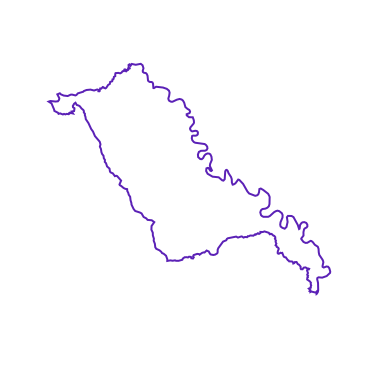 Vigia Del Fuerte, Antioquia, Colombia, rotated 157°
{"feature_id": "7082276B16172876286455", "entity_name": "Vigia Del Fuerte", "entity_type": "district", "adm_level": 2, "iso_a3": "COL", "parent_name": "Colombia", "parent_adm1": "Antioquia", "projection": "robinson", "projection_center": [-76.731, 6.503], "detail": "fine", "context": "isolated", "style": "outline", "palette": "violet", "viewbox_px": 384, "rotation_deg": 157, "n_neighbors": 0, "source": "geoboundaries", "source_scale": "gbopen_adm2", "svg_char_len": 6075}
<svg xmlns="http://www.w3.org/2000/svg" viewBox="0 0 384 384"><g transform="rotate(157 192 192)"><path d="M241.7,138.2L238.6,137.5L236.7,136.3L234.3,135.7L233.7,135.0L231.2,133.9L227.4,133.4L226.5,134.3L224.3,134.8L222.2,134.0L221.3,133.3L220.0,133.6L218.4,132.7L218.5,131.3L217.1,130.4L215.9,131.2L216.1,132.4L215.1,133.3L211.4,133.0L209.8,132.1L209.5,131.3L206.7,132.0L205.0,131.9L204.1,131.4L201.4,132.4L199.8,130.7L199.6,128.2L199.1,127.1L197.0,125.7L195.1,125.3L192.7,125.7L191.9,126.6L191.0,128.7L189.8,130.0L182.8,134.2L179.3,134.2L178.2,135.2L177.0,135.4L168.8,133.7L167.5,132.1L163.9,131.8L163.3,131.4L162.4,129.9L160.8,129.9L158.9,128.9L157.9,129.5L157.2,129.1L155.4,129.2L152.5,127.8L150.4,128.4L150.1,127.8L147.4,128.3L146.8,127.3L146.3,127.2L144.9,127.6L144.6,128.5L142.5,127.5L140.7,127.4L137.3,124.5L137.0,123.0L136.5,123.2L135.9,122.4L135.1,122.3L134.1,120.0L133.4,119.5L133.0,118.0L133.4,116.8L133.9,116.6L133.8,114.3L134.3,114.0L134.6,112.7L134.5,111.5L135.9,110.3L135.2,109.0L135.4,108.3L134.4,107.0L134.4,105.7L136.1,104.0L137.0,102.4L136.9,101.8L136.2,101.2L134.2,101.5L133.7,100.9L132.7,100.7L132.8,96.8L132.3,95.9L131.2,95.2L130.4,91.7L129.9,91.3L129.7,90.2L127.0,88.9L126.5,87.8L126.7,86.6L125.6,86.6L124.8,87.3L123.1,86.7L122.8,84.3L121.9,83.3L121.2,80.9L121.9,79.1L121.8,78.3L120.4,77.7L118.8,78.7L117.1,78.3L116.1,77.2L116.0,76.1L114.8,76.1L114.2,75.5L114.7,75.1L115.6,75.5L116.8,74.7L116.9,72.1L118.3,70.8L117.9,69.6L118.5,69.2L118.6,68.3L119.2,68.2L120.2,66.5L118.5,63.8L118.0,62.0L118.7,61.0L118.8,59.4L119.6,58.7L120.0,57.5L122.2,57.4L121.4,55.5L122.4,54.9L121.8,54.4L122.1,53.7L121.1,53.8L117.5,51.1L116.5,51.5L117.2,49.5L116.8,49.6L115.2,50.8L114.2,52.3L111.5,59.1L110.8,63.0L110.1,63.9L108.8,64.0L105.6,62.3L100.9,62.0L96.5,63.6L95.8,64.9L95.4,68.2L95.9,70.0L97.3,70.9L100.2,71.0L101.0,72.0L100.8,72.8L98.6,75.9L98.3,77.1L98.3,78.7L99.4,84.4L98.9,86.9L97.7,90.3L97.6,92.5L99.6,95.5L100.4,98.7L101.2,100.2L102.0,100.7L105.7,100.2L107.4,100.8L108.9,102.5L109.8,105.9L109.6,106.5L106.4,108.3L105.1,111.5L103.4,113.9L102.4,114.4L100.3,114.6L99.2,115.3L98.6,116.9L98.9,118.9L100.4,120.4L102.2,120.9L103.5,120.6L105.4,119.4L107.3,116.2L107.9,116.1L107.5,120.4L108.4,129.3L109.7,131.0L113.0,132.5L114.5,131.7L115.7,127.1L118.7,122.9L121.0,122.0L122.8,123.7L123.9,125.6L123.6,127.4L122.3,129.6L118.7,133.1L117.6,135.4L117.6,137.4L119.2,140.3L120.6,141.4L122.0,141.6L124.2,141.4L129.7,139.5L131.6,139.4L136.0,141.3L137.1,142.7L137.5,143.8L137.1,146.6L135.7,148.2L133.9,148.8L130.9,148.0L128.7,148.1L126.8,148.9L125.4,150.6L122.5,157.0L122.4,158.0L122.6,160.6L125.6,166.0L127.3,168.3L128.8,168.4L130.4,165.6L132.0,163.9L133.5,163.5L135.3,163.8L140.0,168.3L140.8,170.9L141.8,179.5L143.7,184.6L144.6,185.4L148.7,183.0L150.8,182.7L151.7,182.9L151.6,185.1L150.4,188.3L150.2,190.5L151.0,195.0L150.9,197.6L151.4,198.8L152.2,198.9L153.3,198.1L156.9,191.0L158.6,190.2L159.6,190.9L161.7,195.1L167.1,198.1L170.5,202.7L170.8,205.8L169.5,208.1L168.2,208.1L167.4,207.6L166.8,204.4L166.1,203.8L165.2,204.1L165.4,209.0L164.3,210.8L161.2,213.8L160.3,216.9L160.4,219.5L161.2,220.6L162.6,221.4L164.7,221.4L166.5,220.6L168.5,218.9L170.2,218.4L171.5,219.1L172.7,221.7L171.9,224.2L170.0,226.2L167.6,226.4L163.8,224.9L162.1,225.0L160.8,226.0L160.3,227.8L160.7,229.7L161.6,231.2L169.8,236.1L170.8,237.3L171.5,239.5L171.2,241.6L170.0,243.5L169.0,243.5L166.6,242.4L165.5,242.3L164.3,242.7L163.4,244.2L163.3,245.4L163.8,246.3L165.1,247.1L168.1,247.7L168.7,248.3L169.2,249.9L169.1,251.0L168.2,252.1L163.7,254.4L163.0,255.2L162.3,257.3L162.1,260.5L165.5,262.0L166.9,264.6L166.5,265.7L163.8,265.6L163.0,265.9L162.3,266.9L162.4,268.6L163.7,270.3L164.9,272.8L164.3,277.3L164.6,279.7L165.4,281.2L167.1,282.5L169.9,282.9L174.6,282.7L175.9,283.2L177.3,284.8L177.5,286.1L177.2,287.4L175.5,289.4L173.8,292.2L173.6,294.3L174.9,296.8L177.9,299.5L183.9,302.9L186.5,302.5L186.9,302.8L185.5,307.1L185.6,308.3L186.2,309.0L188.0,309.9L188.8,311.1L188.9,311.9L187.5,316.4L187.5,318.2L188.0,319.5L189.6,320.5L190.3,321.7L190.0,322.8L188.3,324.9L188.0,328.0L189.1,330.0L194.1,331.1L197.4,333.4L199.1,332.3L199.2,333.6L199.6,334.0L200.8,333.7L201.3,332.0L202.3,330.9L201.1,330.4L201.1,330.1L202.2,330.1L203.2,329.3L204.0,329.3L205.1,330.4L205.2,328.9L205.5,328.8L206.8,330.7L207.5,329.9L208.7,330.3L210.3,329.4L211.8,329.3L213.2,330.4L215.9,331.3L216.5,330.7L217.4,328.6L218.9,328.5L219.9,326.9L220.4,326.5L221.2,326.7L222.2,325.1L224.3,325.3L225.4,323.6L227.4,323.3L230.2,321.4L231.2,321.2L232.4,322.3L232.5,323.0L233.1,323.5L235.1,322.6L236.0,323.2L237.1,322.0L237.4,321.1L238.0,320.9L238.7,321.3L238.3,321.8L238.3,322.6L239.2,323.4L242.5,323.7L245.4,325.9L249.2,327.1L252.1,327.2L252.9,326.8L258.5,327.4L260.4,326.5L261.5,326.4L264.3,328.5L265.6,329.0L268.9,328.9L272.4,330.9L274.6,333.2L275.1,334.5L277.8,334.5L277.5,330.1L278.4,328.8L280.0,327.9L282.3,328.6L286.8,331.1L288.6,331.2L286.7,328.4L286.7,321.8L287.0,320.4L284.4,317.3L284.3,316.1L282.7,315.9L280.5,313.8L279.3,313.9L278.2,312.9L276.9,312.9L275.1,311.8L274.3,312.0L274.3,312.6L273.7,312.8L270.9,310.8L271.3,313.1L268.9,312.6L267.6,314.7L267.5,315.2L268.4,316.4L268.1,317.7L266.0,319.3L264.4,319.7L264.1,317.2L262.5,315.8L261.8,314.8L261.0,311.9L260.0,310.0L259.9,308.7L260.5,307.5L260.0,305.8L260.6,304.7L260.7,302.8L261.3,300.6L260.4,295.9L260.2,289.4L259.5,286.3L259.5,281.4L257.3,274.4L257.6,271.7L259.1,269.7L259.0,267.2L259.8,264.1L259.9,262.1L259.3,260.0L260.0,257.4L259.6,255.6L260.5,253.8L259.9,252.1L260.2,248.7L258.8,245.8L259.5,242.9L259.3,241.9L257.6,240.1L256.8,236.7L255.5,236.6L254.7,235.9L252.8,230.2L255.8,227.3L255.8,226.5L254.8,225.2L253.4,222.4L252.1,220.9L250.6,220.0L251.2,218.1L251.0,216.3L251.3,214.2L250.8,211.8L251.8,208.4L252.1,205.6L252.6,204.0L252.4,199.2L251.7,196.7L248.0,193.5L246.8,192.0L246.3,187.9L244.4,185.6L243.8,183.7L240.1,181.7L238.5,179.0L242.5,176.5L244.1,173.2L244.0,169.9L245.0,167.3L245.3,164.0L246.3,162.1L246.4,158.9L247.4,155.5L247.1,153.7L244.7,151.0L243.7,149.0L243.4,147.4L242.3,146.4L240.8,143.5L241.0,139.8L241.7,138.2Z" fill="none" stroke="#5b21b6" stroke-width="2"/></g></svg>